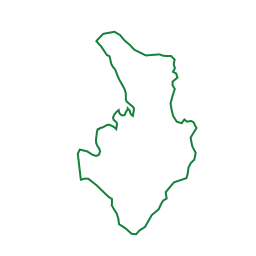 L'Artibonite, orthographic projection, rotated 36°
{"feature_id": "HTI-1384", "entity_name": "L'Artibonite", "entity_type": "Department", "adm_level": 1, "iso_a3": "HTI", "parent_name": "Haiti", "parent_adm1": "", "projection": "orthographic", "projection_center": [-72.647, 19.338], "detail": "fine", "context": "isolated", "style": "outline", "palette": "green", "viewbox_px": 256, "rotation_deg": 36, "n_neighbors": 0, "source": "natural_earth", "source_scale": "10m", "svg_char_len": 1696}
<svg xmlns="http://www.w3.org/2000/svg" viewBox="0 0 256 256"><g transform="rotate(36 128 128)"><path d="M120.4,197.5L119.9,197.2L102.5,178.3L101.7,173.8L108.7,170.9L115.1,170.5L118.7,169.3L120.2,166.7L119.2,163.4L116.8,161.6L113.8,160.5L111.0,158.8L109.2,156.6L105.2,149.5L104.2,146.7L105.3,145.9L105.4,145.5L105.3,145.2L105.4,144.3L107.0,142.7L108.9,138.7L110.0,137.0L111.8,136.1L114.4,135.6L117.1,135.5L119.1,135.8L116.7,131.1L115.0,130.1L111.6,129.8L109.7,128.3L109.0,124.8L109.3,121.2L110.0,119.0L111.0,120.1L112.4,121.0L114.0,121.5L115.7,121.3L117.5,119.9L117.6,118.6L117.0,117.2L116.7,113.1L116.3,112.4L116.7,112.5L119.1,112.9L119.9,113.5L121.1,114.5L122.7,115.3L124.8,115.3L121.6,108.9L119.9,108.0L111.3,107.4L109.1,105.8L107.6,103.5L105.4,100.8L102.3,98.5L91.7,93.6L82.9,88.1L79.8,87.4L77.0,86.1L71.2,81.0L70.1,80.8L68.4,81.5L58.1,77.7L56.4,77.5L53.1,76.6L51.5,76.5L51.3,76.0L52.6,66.4L60.5,58.1L66.9,57.5L73.6,59.2L80.4,59.7L87.2,61.0L99.8,58.8L110.1,50.0L113.6,49.0L116.4,47.4L120.4,44.5L125.5,45.2L127.5,49.5L130.9,52.2L131.4,56.1L134.9,55.6L138.4,58.2L136.8,64.2L138.9,67.2L142.9,68.9L145.2,75.9L148.0,83.1L152.6,87.7L157.6,91.8L163.6,94.2L168.6,92.6L168.6,88.0L171.9,88.2L175.0,85.2L177.8,84.9L180.2,86.2L183.4,87.8L184.3,99.0L190.7,105.0L197.4,108.3L200.2,114.6L199.4,119.5L200.2,124.5L203.0,129.5L204.7,134.2L197.1,145.0L196.2,157.8L200.7,162.3L199.1,166.1L199.5,170.3L200.6,175.6L198.4,184.5L199.4,193.4L199.9,198.0L197.6,203.8L197.0,209.2L193.1,211.5L185.1,210.6L177.3,211.1L173.4,207.0L168.9,203.7L164.5,202.0L160.3,200.1L158.6,197.4L156.8,194.9L152.7,195.1L148.8,194.6L136.2,192.8L125.5,192.4L122.7,194.5L120.4,197.5Z" fill="none" stroke="#15803d" stroke-width="2"/></g></svg>